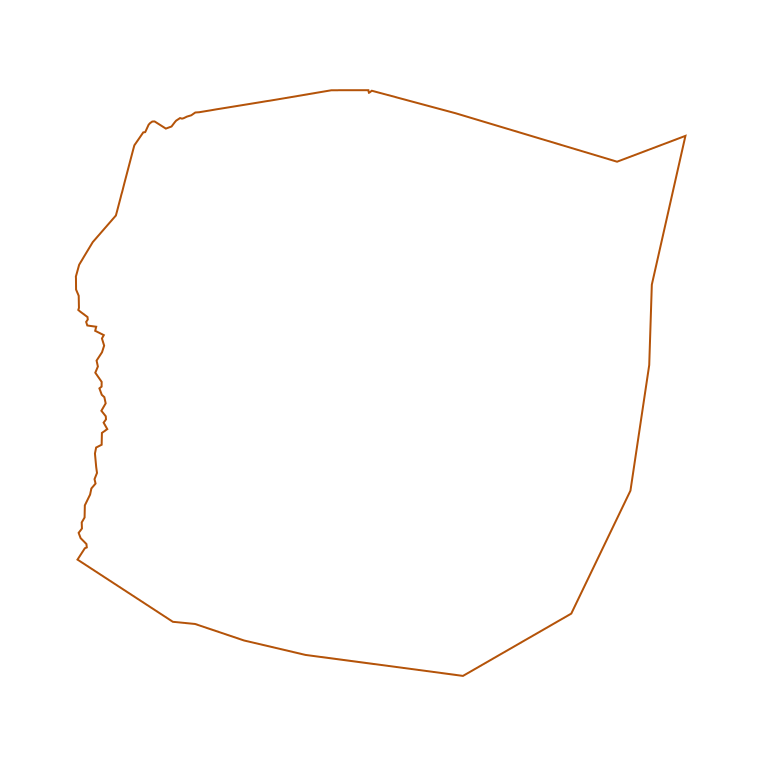 the district of San Mateo Tlapiltepec, Oaxaca, Mexico, rotated 356°
{"feature_id": "50627088B46903658008737", "entity_name": "San Mateo Tlapiltepec", "entity_type": "district", "adm_level": 2, "iso_a3": "MEX", "parent_name": "Mexico", "parent_adm1": "Oaxaca", "projection": "albers", "projection_center": [-97.446, 17.804], "detail": "fine", "context": "isolated", "style": "outline", "palette": "amber", "viewbox_px": 768, "rotation_deg": 356, "n_neighbors": 0, "source": "geoboundaries", "source_scale": "gbopen_adm2", "svg_char_len": 1617}
<svg xmlns="http://www.w3.org/2000/svg" viewBox="0 0 768 768"><g transform="rotate(356 384 384)"><path d="M442.4,680.7L554.8,626.1L622.4,507.6L649.9,383.6L658.1,303.6L702.0,157.5L632.0,178.5L474.3,118.9L392.3,90.6L390.2,92.0L389.9,92.1L389.7,92.3L389.3,92.4L389.0,91.1L388.9,89.8L352.1,87.3L290.0,93.4L286.1,93.7L281.0,94.2L273.3,94.9L258.1,96.3L239.5,98.0L236.0,98.3L230.3,98.9L224.9,99.4L218.6,100.0L214.7,100.0L210.5,102.5L206.1,103.5L202.6,104.9L201.0,105.2L199.1,104.5L195.0,106.8L193.7,108.1L190.0,112.3L184.2,114.0L178.8,110.0L173.5,106.1L171.2,106.0L168.9,107.4L167.3,108.9L163.7,115.5L163.5,115.8L163.3,116.1L161.4,116.2L156.8,122.0L151.6,128.5L149.8,133.7L139.0,165.6L136.3,173.8L135.2,176.8L134.6,178.6L134.5,179.0L133.0,183.4L130.5,190.8L129.3,194.3L128.3,197.2L124.8,200.7L115.8,209.7L109.3,216.2L103.4,222.1L102.9,222.8L93.9,235.6L90.3,240.8L90.2,240.9L88.2,243.8L85.6,251.2L84.1,255.4L84.1,256.9L83.4,268.3L85.6,274.7L85.0,286.8L84.2,288.8L86.0,290.6L90.9,294.8L92.9,296.5L93.0,299.0L91.2,301.3L92.1,304.9L94.7,305.5L100.9,306.8L99.6,310.8L107.9,315.7L105.8,318.9L107.5,326.2L104.9,332.7L98.9,340.6L99.8,346.6L96.8,352.6L102.5,362.2L102.1,366.9L99.8,368.5L101.7,375.1L104.1,377.6L105.0,383.9L100.2,391.0L104.2,396.8L104.2,399.9L101.6,403.0L104.8,409.7L99.2,413.1L98.1,424.9L92.4,427.3L90.8,433.2L91.1,446.8L91.5,452.7L88.6,458.7L89.3,463.2L84.8,467.8L83.1,473.8L77.1,484.2L76.4,491.9L76.0,496.3L72.8,501.0L72.6,507.1L69.0,511.2L70.6,516.6L76.0,522.9L76.1,526.3L74.1,527.0L66.0,537.8L156.8,606.5L178.7,610.2L226.5,630.1L286.8,648.8L442.4,680.7Z" fill="none" stroke="#b45309" stroke-width="2"/></g></svg>